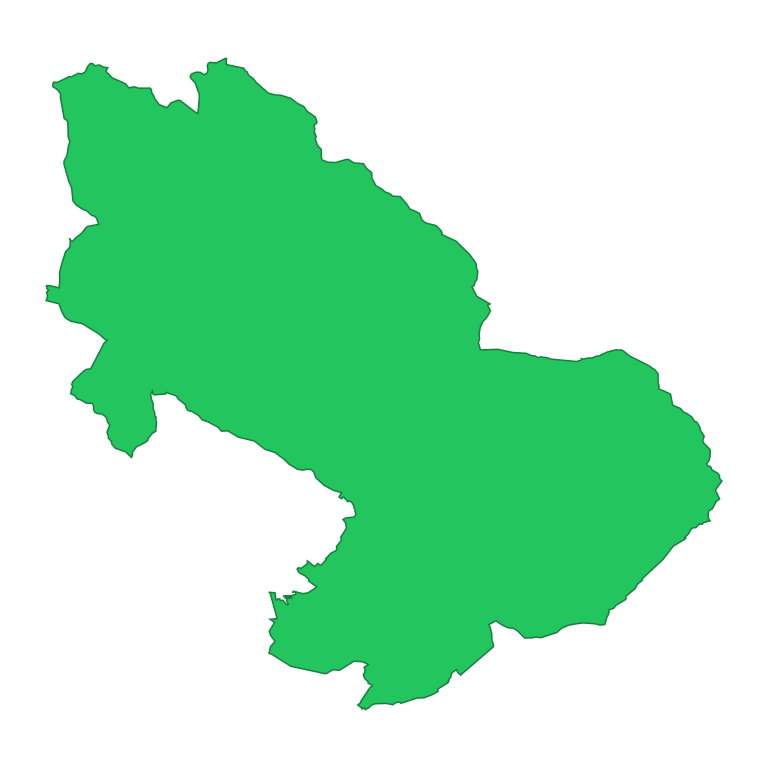 Ilovat, Mehedinti, Romania
{"feature_id": "2599482B93041864045087", "entity_name": "Ilovat", "entity_type": "district", "adm_level": 2, "iso_a3": "ROU", "parent_name": "Romania", "parent_adm1": "Mehedinti", "projection": "natural_earth1", "projection_center": [22.733, 44.823], "detail": "fine", "context": "isolated", "style": "filled", "palette": "green", "viewbox_px": 768, "rotation_deg": 0, "n_neighbors": 0, "source": "geoboundaries", "source_scale": "gbopen_adm2", "svg_char_len": 5988}
<svg xmlns="http://www.w3.org/2000/svg" viewBox="0 0 768 768"><path d="M393.0,704.7L395.7,702.7L399.7,701.9L400.5,703.1L401.6,703.1L416.8,698.1L424.1,697.8L433.2,694.2L438.1,691.3L437.5,689.3L448.2,682.6L447.9,681.6L449.1,680.8L449.0,679.1L450.7,677.4L451.4,673.7L453.1,671.9L456.7,669.6L457.4,672.1L459.2,674.0L460.3,674.1L460.5,675.1L493.6,646.6L492.8,642.4L491.9,640.8L491.8,633.9L489.9,626.5L488.8,624.7L495.8,620.8L502.3,625.1L508.0,627.7L513.8,628.4L518.3,631.6L524.6,638.0L532.0,637.9L535.2,637.0L540.9,637.7L556.9,632.5L561.7,628.2L568.3,625.3L575.0,624.0L583.2,622.9L595.7,623.9L600.0,625.1L604.8,624.5L606.8,617.4L608.3,614.8L609.1,611.8L608.6,609.9L613.6,608.4L616.1,605.2L625.3,599.7L626.2,598.6L625.5,596.7L635.3,588.4L637.3,584.2L642.4,580.3L641.9,579.1L662.9,559.5L673.3,546.1L685.4,538.8L685.8,538.1L684.6,537.5L688.3,534.1L691.2,529.0L693.3,527.7L695.9,527.7L699.0,524.2L702.3,524.2L703.6,522.6L710.2,520.8L708.0,517.9L708.7,511.0L712.6,508.5L716.1,501.6L719.6,498.9L715.3,490.1L721.9,481.1L719.7,478.6L719.5,475.5L717.7,473.2L711.9,470.0L711.2,467.7L709.7,466.2L707.6,466.0L706.6,463.7L709.3,460.2L710.1,456.3L710.2,449.7L703.2,442.5L702.8,439.9L704.2,436.3L700.4,430.3L700.0,427.6L698.0,424.0L696.7,422.1L694.4,421.3L691.9,417.1L686.4,413.2L683.6,412.2L680.4,408.4L673.3,405.5L672.5,404.4L670.5,394.0L658.7,388.8L659.1,386.6L658.1,382.7L658.1,373.7L655.1,370.1L648.4,365.4L629.8,356.1L623.1,350.7L620.7,349.8L617.9,350.2L616.7,349.6L607.3,352.0L598.5,356.1L596.5,356.1L592.0,358.0L587.9,358.0L583.7,359.1L581.3,358.7L581.6,359.4L580.8,360.3L576.6,361.5L550.6,359.1L547.3,357.7L540.8,356.9L537.8,357.7L535.2,356.0L531.2,355.5L526.3,353.3L512.6,352.5L497.8,349.3L480.4,349.9L478.4,342.7L479.6,338.9L479.1,334.4L480.1,328.0L482.9,321.5L486.4,318.0L489.3,313.3L490.4,310.5L487.5,305.3L490.1,304.0L476.9,296.4L472.1,287.2L472.1,286.5L474.1,285.6L475.1,281.8L476.8,279.8L477.8,271.4L476.7,268.8L476.0,263.3L469.7,254.5L456.0,241.1L441.7,234.5L442.1,232.9L440.9,230.5L436.1,225.6L425.9,223.0L423.3,221.2L421.8,219.6L419.4,213.2L409.8,208.9L406.7,204.0L400.2,196.5L392.8,196.2L389.9,193.7L385.0,191.9L382.2,189.3L375.9,185.7L371.9,178.2L371.7,172.7L366.6,168.5L363.5,163.7L353.7,162.9L348.7,159.5L346.5,159.4L335.7,162.5L327.6,162.2L322.3,160.0L321.4,158.4L321.3,149.5L317.4,145.2L315.3,138.8L316.3,136.3L314.7,134.4L315.3,134.0L314.2,132.2L314.9,129.0L314.1,126.5L314.4,124.9L316.4,123.5L317.0,121.7L315.3,117.0L306.8,111.0L303.8,106.5L297.7,103.5L290.8,98.3L280.7,95.2L274.6,94.9L268.3,93.0L256.1,82.4L253.4,78.7L248.7,75.4L247.2,72.0L245.3,70.8L243.7,68.2L226.6,64.6L226.1,63.1L226.5,58.5L225.2,58.4L216.6,62.9L209.7,62.4L208.0,63.7L207.3,65.8L208.0,70.1L207.0,72.8L205.5,74.3L203.8,74.5L200.1,72.3L196.2,72.2L191.8,73.8L190.4,75.6L190.3,77.0L191.2,78.7L195.1,82.8L199.1,93.8L199.3,98.0L197.9,113.5L194.6,111.7L180.2,100.5L177.9,100.2L171.1,102.8L166.9,107.7L159.2,104.6L154.4,98.2L154.1,96.3L151.7,92.7L151.4,89.6L150.1,88.1L138.8,88.2L134.2,86.8L128.8,87.8L125.4,83.7L112.4,78.0L105.8,71.2L107.8,67.8L102.6,66.8L99.7,65.0L94.5,65.6L92.5,63.5L90.1,63.7L87.6,66.6L85.3,71.8L81.8,73.9L78.0,73.3L72.0,76.6L68.8,76.8L57.6,82.3L53.6,82.2L52.9,83.7L52.9,86.6L57.3,89.6L60.5,93.7L60.5,97.9L64.2,118.6L67.1,120.5L67.8,122.6L68.2,136.8L69.9,142.2L68.7,144.7L66.9,155.9L64.2,160.6L63.9,163.8L68.7,181.1L71.6,187.8L73.0,201.1L76.6,205.3L82.7,209.3L86.6,210.7L91.8,215.5L93.8,215.8L96.4,217.8L98.7,224.4L87.8,226.4L86.0,227.6L81.6,233.3L76.0,237.6L72.5,241.4L71.4,241.1L69.3,238.2L70.3,240.6L69.9,247.1L65.5,251.9L61.0,266.3L59.5,273.4L59.8,280.9L59.0,287.9L49.9,285.6L46.5,285.7L46.2,286.2L47.2,287.4L46.9,288.6L48.7,290.4L46.7,292.0L47.5,296.4L46.1,300.6L59.0,303.8L61.7,311.4L64.8,317.2L66.3,318.6L71.0,321.3L82.4,323.7L98.7,333.8L104.7,339.1L107.1,340.1L104.1,343.0L90.7,368.8L86.3,369.4L83.8,370.9L72.8,381.5L71.7,384.6L72.9,386.7L71.5,389.5L70.8,393.8L74.9,395.6L77.0,398.9L80.3,399.7L86.2,403.1L92.2,403.4L93.4,405.1L93.7,409.6L94.6,412.0L97.5,413.6L101.7,414.0L105.2,416.3L106.7,418.5L107.6,422.2L109.7,425.1L107.0,432.2L108.3,435.9L108.3,438.1L111.5,441.6L111.7,443.9L115.4,448.3L125.6,451.8L131.4,457.4L132.5,455.3L132.5,452.0L136.7,446.7L145.3,442.4L148.0,440.2L148.1,438.6L152.5,433.1L155.7,431.4L156.5,422.4L155.7,419.2L156.2,417.4L154.6,415.6L154.9,413.6L153.0,407.8L153.3,404.2L151.5,399.2L150.6,394.3L152.4,391.1L152.7,393.7L154.3,394.9L165.8,393.9L165.8,392.4L166.3,392.4L176.0,395.8L178.9,399.6L185.2,404.6L186.6,408.7L188.1,410.6L191.9,411.4L198.7,415.6L202.2,419.9L208.1,421.9L218.2,427.3L221.4,431.2L227.8,430.8L238.2,437.1L254.3,441.0L265.2,449.4L275.0,452.5L284.6,459.7L289.2,464.3L297.3,469.2L302.6,470.1L307.6,469.2L311.2,469.6L313.7,471.9L315.7,477.5L324.0,485.3L333.5,490.4L341.5,492.6L339.0,497.1L341.5,498.7L343.6,496.9L347.5,501.4L351.4,501.6L353.7,505.8L355.9,514.3L354.4,516.9L345.3,518.1L343.0,519.5L345.5,522.7L346.4,527.1L346.0,528.8L340.7,537.3L341.5,540.2L336.5,546.4L336.8,549.3L335.7,550.8L330.9,553.2L325.7,558.7L326.5,559.3L320.7,565.5L317.7,563.5L314.5,566.6L307.4,560.9L307.3,563.7L301.2,568.4L298.4,567.7L297.1,569.1L299.3,572.9L305.0,575.8L308.9,579.4L308.5,580.9L316.8,586.9L307.9,592.9L302.7,593.6L293.3,591.2L292.8,592.1L295.6,592.1L295.8,594.3L291.4,595.6L283.7,595.9L283.7,596.5L286.3,596.5L285.4,597.8L291.6,596.4L291.7,598.0L286.5,598.4L286.4,600.3L288.3,604.3L287.6,604.7L286.4,604.4L282.9,600.2L280.4,600.6L279.7,598.8L277.6,599.0L277.1,600.1L275.9,599.7L275.0,592.8L268.6,592.2L270.0,592.7L277.2,618.6L270.1,619.3L274.6,622.4L269.3,631.2L270.6,635.5L275.1,641.4L270.6,646.5L269.0,653.3L271.8,654.3L290.9,666.3L325.1,673.7L326.4,673.6L332.9,669.7L339.5,670.3L354.1,661.1L363.0,661.9L368.3,664.6L364.1,667.3L365.1,669.8L364.7,672.7L363.5,674.0L363.8,676.2L364.8,678.6L368.1,681.7L368.1,683.2L372.2,685.3L372.4,686.1L370.1,687.4L361.0,701.0L360.7,702.6L357.8,705.0L361.7,707.9L362.1,709.0L363.7,707.7L365.3,709.6L368.7,707.8L371.1,705.4L374.8,703.8L385.9,703.4L393.0,704.7Z" fill="#22c55e" stroke="#15803d" stroke-width="1.5"/></svg>